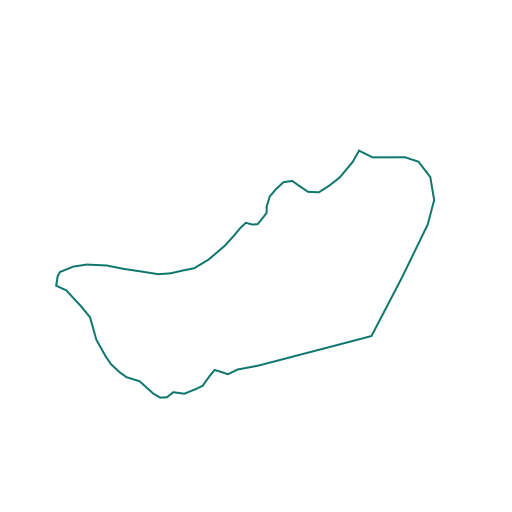 map outline of Ohrid (Albers equal-area conic projection), rotated 220°
{"feature_id": "MKD-2898", "entity_name": "Ohrid", "entity_type": "Statistical Region", "adm_level": 1, "iso_a3": "MKD", "parent_name": "North Macedonia", "parent_adm1": "", "projection": "albers", "projection_center": [20.864, 41.072], "detail": "fine", "context": "isolated", "style": "outline", "palette": "teal", "viewbox_px": 512, "rotation_deg": 220, "n_neighbors": 0, "source": "natural_earth", "source_scale": "10m", "svg_char_len": 972}
<svg xmlns="http://www.w3.org/2000/svg" viewBox="0 0 512 512"><g transform="rotate(220 256 256)"><path d="M192.1,432.7L173.2,428.5L165.5,421.9L155.5,413.4L144.7,390.5L130.4,333.5L116.1,268.9L184.0,173.2L197.0,157.4L201.5,147.4L209.9,144.1L214.4,142.1L214.4,134.2L213.4,122.3L216.4,115.7L222.4,104.4L231.8,98.5L233.4,90.5L238.4,85.9L245.8,84.6L264.7,85.2L277.1,80.0L285.1,79.3L297.5,79.9L307.0,82.6L324.4,89.2L343.8,102.4L358.3,105.1L379.2,107.7L390.0,104.8L394.9,113.0L395.9,117.7L389.1,130.5L380.1,140.7L364.2,152.8L348.9,161.2L336.2,169.0L319.1,179.3L310.4,187.7L302.7,197.9L295.5,206.9L290.1,222.5L286.5,243.6L286.0,256.8L286.0,267.0L285.1,274.9L278.8,277.9L275.2,281.5L275.2,286.9L275.6,295.9L279.6,300.7L283.7,310.4L283.7,319.4L282.4,330.2L276.5,336.8L268.8,337.4L257.4,338.6L248.8,345.2L245.2,356.6L242.4,369.8L242.4,381.3L242.4,390.3L243.6,396.4L244.7,402.7L244.8,402.9L230.1,406.5L205.2,427.5L192.1,432.7Z" fill="none" stroke="#0f766e" stroke-width="2"/></g></svg>